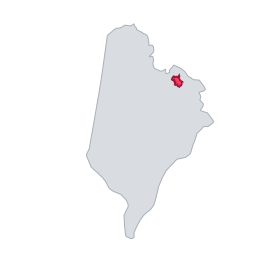 Masyaf, Hamah, Syria (highlighted), rotated 131°
{"feature_id": "27442178B31990643139600", "entity_name": "Masyaf", "entity_type": "district", "adm_level": 2, "iso_a3": "SYR", "parent_name": "Syria", "parent_adm1": "Hamah", "projection": "mercator", "projection_center": [36.393, 35.051], "detail": "fine", "context": "in_parent", "style": "filled", "palette": "rose", "viewbox_px": 256, "rotation_deg": 131, "n_neighbors": 0, "source": "geoboundaries", "source_scale": "gbopen_adm2", "svg_char_len": 4261}
<svg xmlns="http://www.w3.org/2000/svg" viewBox="0 0 256 256"><g transform="rotate(131 128 128)"><path d="M48.3,94.9L50.2,95.1L54.2,97.6L54.9,97.5L56.1,94.3L57.3,93.2L59.7,92.2L60.4,87.0L61.6,86.0L63.0,85.5L65.1,85.4L67.0,85.1L67.1,84.1L64.5,78.1L64.8,76.6L66.0,70.5L66.8,68.1L67.6,67.3L70.5,67.6L74.7,68.7L75.8,70.4L77.8,72.0L80.9,71.9L84.4,72.2L87.1,72.3L89.3,71.2L94.3,69.1L96.7,68.4L99.0,67.5L106.1,64.2L109.0,64.4L111.0,64.9L112.5,65.4L115.8,67.7L118.6,70.0L120.6,70.7L124.1,70.7L129.2,71.1L135.4,71.1L139.1,70.4L143.7,69.3L152.0,66.5L162.9,60.8L169.3,58.0L172.1,57.7L175.7,57.6L179.3,58.4L183.4,58.9L185.3,58.8L189.7,58.3L195.4,57.1L199.0,56.1L203.4,54.6L206.1,52.0L207.0,51.7L208.1,52.2L208.6,52.3L209.8,53.8L210.9,57.6L210.9,58.1L210.7,59.2L207.9,62.3L204.0,66.5L201.2,69.2L196.6,73.7L193.1,74.7L187.2,76.3L185.6,77.9L184.2,80.4L183.3,83.9L183.1,86.0L182.9,90.1L184.3,94.3L185.6,98.3L185.8,100.9L185.6,103.5L184.4,106.3L183.0,110.1L182.2,114.4L181.8,122.4L181.7,129.2L181.6,130.3L179.2,135.1L176.4,140.7L175.1,142.0L168.9,143.7L162.2,147.8L154.7,152.3L147.8,156.4L140.6,160.8L133.2,165.3L127.9,168.5L120.8,172.7L114.3,176.8L107.7,180.9L102.7,184.1L95.1,189.0L90.7,191.9L84.1,196.2L78.4,199.9L71.6,204.3L63.1,203.0L60.4,202.2L58.2,200.1L56.5,199.0L52.5,197.9L49.9,193.9L48.4,192.5L45.7,191.9L46.8,189.3L47.0,187.6L48.2,185.6L47.5,184.2L47.1,181.4L46.6,180.7L46.4,179.9L46.8,179.0L46.7,178.1L46.2,177.7L46.0,176.2L45.6,175.2L45.8,173.9L46.4,173.0L47.0,171.4L47.7,170.9L48.9,169.9L49.2,168.9L50.2,167.8L51.6,167.0L51.9,166.3L51.7,165.9L50.3,165.2L49.6,163.8L50.2,161.9L50.7,161.3L51.5,160.3L53.3,158.9L54.8,158.6L56.0,158.6L58.1,158.7L59.8,159.0L60.2,158.6L60.1,158.1L58.1,157.0L58.0,156.0L58.5,155.0L59.9,153.4L61.6,152.2L62.5,152.0L64.5,149.7L65.7,147.0L63.7,140.6L62.5,139.6L60.5,138.7L59.3,138.6L59.2,138.1L60.8,136.5L61.9,135.1L60.7,133.7L58.5,133.1L57.6,134.5L54.8,134.6L50.4,134.6L48.5,127.8L48.2,124.8L48.2,121.4L49.6,116.4L48.9,114.0L48.9,112.5L48.6,110.3L45.1,105.6L47.0,97.0L48.3,94.9Z" fill="#d9dde1" stroke="#a8b0b8" stroke-width="1"/><path d="M62.6,125.7L62.2,125.7L61.9,125.3L62.0,125.3L61.9,125.1L62.0,125.1L62.1,124.8L62.0,124.7L61.9,124.6L61.7,124.4L61.6,124.2L61.5,124.3L61.4,124.3L61.4,124.2L61.5,124.1L61.8,124.0L62.0,124.1L62.2,123.9L62.3,123.8L62.4,123.7L62.5,123.7L62.9,123.6L62.9,123.4L62.8,123.2L63.0,122.9L63.1,122.7L62.9,122.7L62.7,122.8L62.6,122.7L62.4,122.6L62.5,122.5L62.6,122.4L62.6,122.2L62.3,122.0L62.1,122.0L62.1,121.9L62.4,121.7L62.6,121.7L62.9,121.6L63.0,121.6L63.3,121.8L63.5,121.6L63.7,121.4L63.8,121.4L64.0,121.3L64.3,121.4L64.3,121.2L64.5,120.8L64.4,120.8L64.3,120.6L64.2,120.5L64.2,120.4L64.2,120.2L63.9,120.1L63.8,119.9L64.0,119.9L63.9,119.8L63.8,119.7L63.7,119.7L63.4,119.5L63.5,119.4L63.5,119.2L63.4,118.9L63.3,119.0L63.1,118.9L62.9,118.9L63.0,118.8L63.1,118.7L63.3,118.6L63.5,118.5L63.6,118.3L63.7,118.2L63.8,118.1L63.7,118.0L63.7,117.8L63.8,117.8L63.8,117.7L63.7,117.7L63.6,117.2L63.5,116.8L63.4,116.1L62.7,116.2L62.3,116.3L62.0,116.3L62.0,116.2L61.5,115.7L61.2,115.7L61.2,115.8L60.1,116.1L59.9,116.1L59.7,116.2L59.4,116.3L59.3,116.5L59.0,116.6L58.7,117.1L58.5,117.3L58.1,117.4L57.8,117.2L57.4,117.0L57.4,117.3L57.4,117.5L57.5,117.7L57.5,117.8L57.6,118.1L57.6,118.4L57.7,118.6L57.7,118.8L57.7,119.0L57.8,119.2L57.9,119.3L57.8,119.5L57.8,119.8L57.8,120.0L57.7,120.0L57.7,120.6L57.3,120.8L57.2,120.9L57.2,121.0L57.3,121.1L57.2,121.7L57.1,122.1L57.1,122.4L56.7,122.5L56.0,122.5L55.9,122.7L55.6,122.9L55.2,123.0L54.9,123.3L54.8,123.6L54.8,123.8L54.7,123.8L54.5,124.1L54.9,124.0L55.1,123.9L55.4,123.7L55.5,123.7L55.8,123.7L56.0,123.7L56.2,123.8L56.3,123.9L56.6,123.9L57.0,123.9L57.2,124.1L57.3,124.3L57.6,124.5L57.8,124.8L57.8,125.1L57.8,125.3L57.8,125.5L57.7,125.5L57.9,125.7L58.0,125.7L58.1,125.8L58.5,125.8L58.6,126.0L58.8,126.2L58.8,126.3L59.0,126.4L59.0,126.5L59.1,126.4L59.2,126.5L59.1,126.8L59.2,126.7L59.3,126.7L59.2,126.7L59.3,126.6L59.3,126.8L59.4,126.7L59.4,126.8L59.6,127.1L59.5,127.3L59.6,127.5L59.8,127.6L60.0,127.5L60.0,127.4L60.1,127.2L60.6,127.3L60.6,127.5L60.8,127.6L61.0,127.6L61.3,127.4L61.5,127.3L61.6,127.2L61.8,127.1L62.0,127.1L62.3,127.0L62.5,127.0L62.5,126.9L62.8,126.5L62.8,126.4L62.7,126.4L62.6,126.2L62.6,125.9L62.6,125.7Z" fill="#f43f5e" stroke="#9f1239" stroke-width="1.5"/></g></svg>